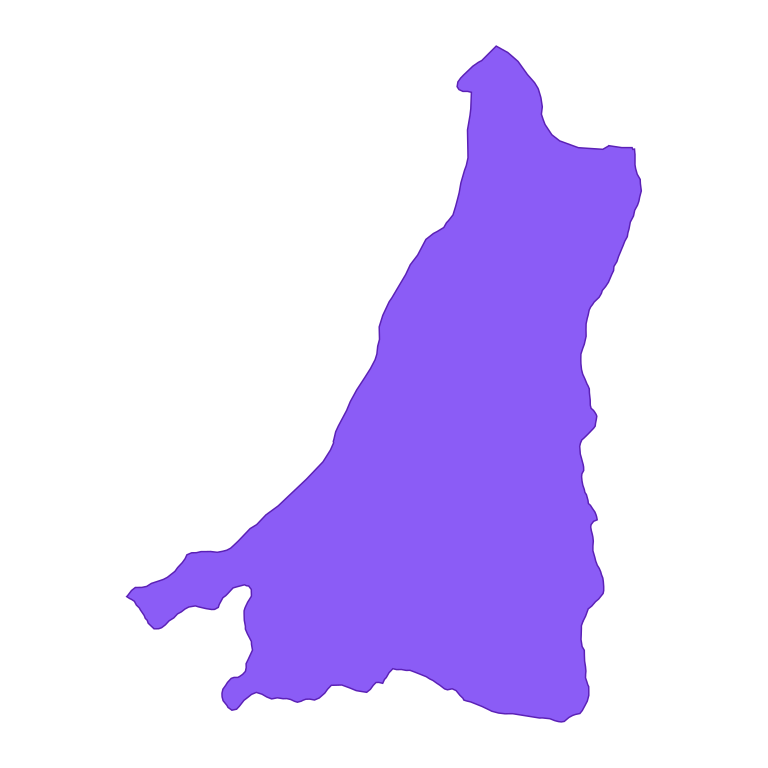 Al Wasta, Bani Suwayf, Egypt (orthographic projection)
{"feature_id": "37247803B53497462847633", "entity_name": "Al Wasta", "entity_type": "district", "adm_level": 2, "iso_a3": "EGY", "parent_name": "Egypt", "parent_adm1": "Bani Suwayf", "projection": "orthographic", "projection_center": [31.157, 29.324], "detail": "fine", "context": "isolated", "style": "filled", "palette": "violet", "viewbox_px": 768, "rotation_deg": 0, "n_neighbors": 0, "source": "geoboundaries", "source_scale": "gbopen_adm2", "svg_char_len": 5570}
<svg xmlns="http://www.w3.org/2000/svg" viewBox="0 0 768 768"><path d="M632.1,147.6L621.7,147.6L616.9,146.9L608.9,145.7L608.9,145.8L602.8,149.3L602.7,149.3L588.9,148.4L579.9,147.8L578.4,147.7L572.9,145.7L561.4,141.5L559.7,140.9L553.4,136.0L551.8,134.7L544.9,124.3L544.9,124.2L543.2,119.7L541.4,114.2L542.3,106.8L541.0,98.3L540.8,97.3L538.6,89.9L538.0,88.3L534.7,82.9L533.9,81.9L527.4,74.5L518.0,61.4L507.9,52.6L496.2,46.1L481.7,60.6L480.3,61.3L478.4,62.3L472.8,66.2L463.5,75.1L460.7,78.0L457.9,81.9L457.1,86.7L459.0,89.6L462.9,91.4L467.6,91.4L471.4,92.3L470.8,108.6L470.0,115.4L467.5,129.9L467.6,135.6L467.9,150.1L468.0,157.8L466.3,165.5L464.5,170.4L460.9,182.9L459.2,192.6L458.1,197.0L455.7,206.1L453.0,214.9L448.4,220.7L446.5,222.7L443.8,227.5L437.2,231.5L433.4,233.5L425.9,239.4L421.3,248.1L417.7,255.0L410.3,264.7L405.7,274.5L396.5,290.0L391.9,297.8L389.2,301.7L382.8,315.3L379.8,324.9L379.2,326.9L379.5,339.4L377.7,346.2L376.9,353.9L376.4,355.6L375.1,359.7L370.5,368.5L365.0,377.2L356.7,389.9L354.2,394.5L350.3,401.6L347.3,408.8L346.7,410.3L338.4,425.9L335.7,431.7L333.9,439.4L333.3,441.4L333.6,442.9L330.4,450.1L323.0,461.8L310.9,474.5L306.2,479.4L288.5,496.1L278.2,505.9L266.0,514.8L262.0,519.0L256.7,524.6L250.1,528.6L246.4,532.5L238.0,541.3L233.0,546.0L230.6,548.2L226.8,550.2L223.0,551.2L217.3,552.3L210.6,551.5L205.9,551.6L201.1,551.6L196.4,552.7L191.6,552.8L186.9,554.8L185.1,558.7L182.3,562.6L177.7,567.5L174.9,571.4L171.2,574.3L167.4,577.3L163.6,579.3L160.8,580.3L151.4,583.4L146.7,586.4L141.9,587.4L135.3,587.5L131.5,590.5L127.8,595.4L126.7,596.6L129.6,598.5L131.5,599.4L134.4,601.3L136.4,605.1L139.3,607.9L140.3,609.8L142.3,612.7L144.2,615.5L145.3,618.4L147.2,620.3L148.2,623.2L151.1,626.0L153.1,627.9L154.0,628.8L155.9,628.8L158.8,628.7L161.6,627.7L165.4,624.8L169.1,620.8L173.8,617.9L177.5,613.9L181.3,611.9L185.0,609.0L188.8,607.0L195.4,605.9L198.3,606.8L202.1,607.7L206.0,608.6L211.7,609.5L214.6,609.4L218.3,607.4L219.2,604.5L222.9,597.7L225.7,595.7L227.6,593.8L231.3,589.8L233.1,587.9L236.9,586.8L240.7,585.8L244.5,584.8L246.4,585.7L248.7,586.0L251.3,589.5L251.3,591.4L251.4,594.3L251.4,596.2L249.6,599.1L247.7,602.1L245.9,605.9L245.0,607.9L244.1,610.8L244.1,613.7L244.2,617.5L244.3,620.4L245.4,626.2L245.4,629.1L247.4,633.8L248.4,635.7L249.4,637.6L251.4,641.5L251.5,644.4L252.5,650.1L250.7,654.0L248.0,659.8L246.1,663.7L246.2,667.6L245.4,671.4L242.6,674.4L239.7,676.4L237.9,677.4L235.0,677.4L234.1,677.4L231.2,678.4L227.5,682.4L225.7,685.3L222.9,689.2L222.0,693.1L222.0,694.5L222.1,696.9L223.1,700.7L227.0,705.5L228.0,707.4L231.9,710.2L236.6,709.2L239.4,706.2L244.0,700.3L247.8,697.4L251.5,694.4L256.3,692.4L262.0,694.2L266.8,697.0L271.6,698.9L273.3,698.6L277.3,697.8L279.3,698.1L283.0,698.7L286.8,698.6L290.7,699.5L294.5,701.3L297.4,702.2L301.2,701.2L303.1,700.2L305.9,699.2L309.7,699.1L314.5,700.0L319.2,698.0L324.8,693.1L327.6,689.2L331.3,685.3L335.1,685.2L341.8,685.0L349.4,687.8L356.2,690.6L358.5,691.0L360.9,691.4L366.7,692.3L370.4,689.3L373.2,685.4L376.0,682.5L378.8,682.4L382.7,683.3L384.5,679.4L385.4,678.5L386.3,677.5L389.1,672.6L391.0,670.7L392.8,668.7L396.6,669.6L401.4,669.5L406.2,670.4L410.0,670.3L414.8,672.1L419.6,674.0L426.3,676.7L429.7,678.9L433.0,680.5L436.9,683.3L439.8,685.2L444.6,688.9L447.5,689.8L452.2,688.8L456.1,690.6L460.0,695.4L462.9,698.2L463.9,700.1L466.8,701.0L470.6,701.9L475.4,703.8L482.1,706.5L489.8,710.2L491.7,711.2L498.4,713.0L505.1,713.8L509.9,713.7L512.7,713.7L539.5,718.0L542.3,717.9L549.9,718.7L554.7,720.6L557.7,721.4L558.6,721.6L560.4,721.8L561.4,721.9L564.3,721.4L569.0,717.4L572.7,715.4L575.6,714.4L579.9,713.5L582.3,710.5L585.0,705.5L587.3,701.1L588.8,695.4L588.8,690.6L588.7,686.6L587.7,684.6L587.0,682.2L585.5,677.8L585.6,675.2L585.6,674.7L585.6,674.4L585.9,671.1L585.5,666.7L584.7,661.6L584.6,661.2L584.6,660.9L584.4,655.6L584.3,650.3L582.1,646.5L581.0,639.5L581.2,634.8L581.4,628.4L581.4,625.7L583.2,620.8L583.3,620.8L583.3,620.7L585.6,616.1L588.2,608.9L591.8,606.0L595.5,601.7L598.6,599.1L603.1,593.5L603.7,590.6L603.7,586.6L603.4,582.6L603.3,581.4L602.8,578.0L601.7,575.2L601.5,574.7L600.7,571.8L599.2,568.3L597.3,565.3L596.2,562.3L595.8,561.4L594.8,557.3L592.9,550.7L592.9,546.1L593.3,541.2L592.9,537.2L592.3,534.3L591.3,530.5L590.7,527.0L591.1,524.6L593.6,521.3L596.3,520.2L597.2,519.8L596.6,516.7L596.0,514.7L594.9,512.0L592.6,508.7L590.4,505.3L588.4,503.5L588.0,500.4L586.4,494.6L584.9,492.4L584.3,489.5L582.8,485.1L582.0,480.9L581.6,476.7L581.9,473.8L583.7,470.5L583.6,467.0L583.2,464.7L582.3,461.4L581.3,457.6L580.3,454.1L579.7,446.3L580.5,443.0L581.9,439.8L583.5,438.5L583.6,438.4L587.5,434.6L590.7,431.3L593.6,428.3L595.2,426.1L595.5,423.5L596.3,419.5L596.8,416.2L596.1,414.4L595.7,413.7L595.5,413.4L594.9,412.4L593.5,410.4L591.1,408.3L590.3,405.2L590.2,400.1L589.4,392.8L589.3,388.9L588.2,386.2L586.9,383.8L585.0,379.1L582.7,374.1L581.5,369.4L580.9,363.6L580.8,359.2L580.9,354.1L582.8,348.2L584.2,344.5L584.3,344.2L584.4,343.8L585.1,340.7L586.1,336.3L586.0,329.5L586.1,323.8L587.3,318.1L588.1,315.3L589.2,310.0L590.7,306.9L592.7,304.3L594.1,302.1L596.6,299.7L599.1,297.3L601.4,293.4L602.3,290.5L605.7,286.4L607.7,283.3L607.8,283.2L608.4,282.3L611.9,274.1L613.6,270.6L613.9,266.5L616.9,261.6L618.5,256.6L620.8,251.1L622.0,248.2L623.1,245.6L624.8,241.2L627.3,236.7L627.9,232.9L629.0,229.0L630.3,222.1L633.5,216.0L634.7,210.3L637.5,205.2L638.9,201.2L639.7,197.0L641.3,190.9L640.4,183.6L640.2,179.4L637.2,174.2L635.6,168.5L635.0,164.8L635.0,159.4L635.0,154.3L634.8,152.8L634.7,151.4L634.6,150.5L634.5,149.1L632.8,149.4L632.1,147.6Z" fill="#8b5cf6" stroke="#5b21b6" stroke-width="1.5"/></svg>